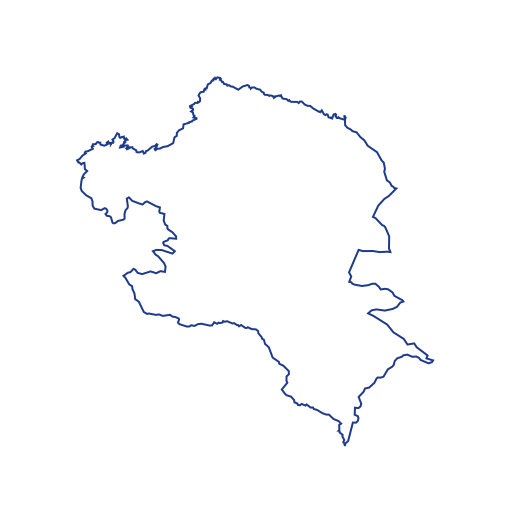 Ho Municipal, Volta, Ghana (Natural Earth projection), rotated 282°
{"feature_id": "2480657B35240131522033", "entity_name": "Ho Municipal", "entity_type": "district", "adm_level": 2, "iso_a3": "GHA", "parent_name": "Ghana", "parent_adm1": "Volta", "projection": "natural_earth1", "projection_center": [0.554, 6.677], "detail": "fine", "context": "isolated", "style": "outline", "palette": "blue", "viewbox_px": 512, "rotation_deg": 282, "n_neighbors": 0, "source": "geoboundaries", "source_scale": "gbopen_adm2", "svg_char_len": 6100}
<svg xmlns="http://www.w3.org/2000/svg" viewBox="0 0 512 512"><g transform="rotate(282 256 256)"><path d="M407.7,314.7L408.1,309.3L408.9,307.7L408.0,307.4L407.8,306.2L409.5,304.7L410.8,305.0L411.5,304.2L410.6,302.5L407.3,302.1L407.1,301.0L406.4,301.4L406.8,298.1L409.2,296.7L409.3,295.5L408.3,294.7L408.7,293.1L412.1,290.1L410.2,289.1L410.6,288.5L410.1,287.9L412.3,281.1L414.1,277.7L413.6,275.2L414.3,272.2L416.6,268.7L416.1,266.6L414.5,266.0L415.3,264.1L414.1,258.6L414.3,257.3L415.4,256.2L414.5,255.3L415.7,253.6L415.6,249.1L418.4,247.0L417.4,246.3L417.8,245.2L416.3,242.4L414.8,241.0L415.8,240.9L415.2,239.9L416.0,239.0L416.0,236.2L415.4,235.7L416.0,233.8L415.5,231.2L416.1,230.1L417.4,229.6L417.9,227.3L419.5,225.6L419.7,221.6L420.6,219.4L419.8,216.7L418.6,216.1L419.5,215.5L419.5,214.4L421.0,213.7L421.4,212.0L419.1,207.8L415.0,204.1L416.8,197.9L416.6,196.0L417.5,194.1L416.7,192.5L417.8,191.7L417.6,189.0L419.3,187.7L419.1,186.7L420.4,185.6L420.8,184.1L421.5,184.4L421.4,183.3L422.2,184.5L422.7,183.9L422.7,181.1L420.9,180.1L421.6,179.1L420.6,179.0L420.9,178.0L419.4,177.1L418.8,177.6L418.0,176.2L415.7,175.5L413.8,173.2L409.8,172.9L409.5,171.8L408.6,171.9L409.0,171.3L408.4,170.8L405.8,170.7L404.8,168.0L403.7,167.2L401.1,166.4L398.6,168.6L395.7,169.0L394.3,167.9L394.6,167.1L393.6,166.9L393.1,164.5L391.7,163.8L388.9,160.2L388.3,160.4L388.4,162.0L387.4,161.5L387.0,163.6L385.9,164.1L383.9,162.5L383.4,164.4L381.0,165.4L380.2,166.8L378.5,166.0L378.5,169.1L377.8,169.3L375.1,165.6L374.3,165.4L373.0,162.8L372.4,162.9L369.7,157.8L365.7,158.1L362.9,154.5L360.0,153.0L357.0,153.5L355.1,151.6L349.2,151.5L345.1,146.8L343.2,142.2L341.1,139.8L340.4,137.2L338.6,135.6L339.6,134.6L341.3,135.8L344.5,136.4L344.7,135.5L342.7,134.4L341.3,131.6L336.6,128.1L335.8,126.6L333.9,126.4L332.9,125.0L335.1,123.4L333.2,120.5L332.7,118.3L333.0,117.4L334.5,116.9L335.6,113.1L336.7,112.5L336.0,109.7L335.2,109.8L333.6,107.6L334.3,106.8L335.3,108.1L335.4,107.4L337.0,108.0L337.5,107.5L336.4,103.5L335.3,103.8L333.9,100.5L335.9,100.8L336.4,102.1L339.6,104.1L339.5,103.3L340.1,103.3L342.4,104.7L343.0,106.0L344.0,104.6L343.2,104.3L343.1,102.9L345.1,101.9L344.5,101.5L344.7,100.2L343.3,98.6L344.0,97.6L346.6,96.7L347.2,94.7L341.8,93.1L340.0,91.4L338.4,92.8L337.1,92.8L336.9,91.5L335.3,90.9L335.9,90.8L335.5,89.2L336.3,89.4L336.2,88.2L337.2,87.7L335.7,86.4L334.2,87.2L332.4,84.8L332.6,80.8L334.5,80.1L334.2,78.4L334.7,77.8L334.0,76.7L332.1,76.0L331.4,73.2L329.7,73.0L329.5,73.6L328.7,72.6L327.0,74.1L323.5,69.7L322.6,67.4L321.4,67.1L320.9,68.1L318.2,65.4L314.2,63.3L312.4,61.1L310.5,62.9L310.8,63.6L309.2,66.1L310.6,66.9L311.4,68.8L305.4,70.6L304.0,73.2L300.1,70.6L297.3,69.9L296.8,71.1L295.9,69.8L294.0,69.6L286.2,70.3L283.4,72.0L280.1,77.2L278.3,82.9L275.3,84.8L271.3,85.7L268.7,88.1L268.7,95.0L271.3,98.0L271.1,99.6L269.9,101.0L268.2,101.5L265.7,100.1L264.3,101.9L264.5,104.5L263.7,106.1L258.8,108.7L258.3,109.7L258.9,111.5L261.5,113.6L264.1,118.9L265.3,119.7L269.8,118.6L273.7,118.9L276.1,120.3L277.8,120.4L285.3,117.7L286.9,119.5L284.2,123.5L283.0,131.5L282.8,134.3L285.9,136.6L286.7,138.1L283.9,148.0L283.6,151.9L279.3,152.2L278.2,153.0L278.1,157.7L271.6,158.3L267.9,160.6L267.0,163.0L264.4,163.7L263.7,164.6L261.9,169.2L258.5,173.8L256.3,174.3L255.5,167.9L254.9,167.0L253.0,166.4L250.5,162.6L249.4,162.5L247.4,164.0L247.5,167.2L243.8,175.6L241.0,173.8L242.2,162.6L241.3,157.4L239.3,154.2L236.4,157.6L235.4,160.3L229.9,167.6L226.7,169.8L221.5,170.2L221.3,165.7L218.4,161.9L219.0,156.1L214.6,148.3L214.9,143.8L217.6,140.6L217.9,138.8L214.1,136.5L213.0,134.1L209.0,130.5L207.5,132.8L201.8,138.0L200.7,141.1L197.8,142.1L194.1,144.9L188.7,146.8L186.9,150.9L177.9,157.9L176.7,161.6L177.5,163.2L177.6,170.5L178.7,173.3L178.0,177.2L180.6,184.2L179.3,187.0L179.6,189.5L178.8,193.4L177.9,194.0L174.6,193.5L173.4,195.4L172.6,203.2L173.3,205.6L174.8,207.1L174.8,210.4L177.2,213.2L178.4,216.7L178.3,225.0L178.9,227.4L182.5,228.9L181.6,232.1L183.1,233.4L182.8,234.5L184.0,237.2L185.5,237.3L185.2,239.1L186.2,241.3L185.1,247.0L185.8,248.6L184.5,251.6L184.7,252.9L183.7,254.0L185.4,255.8L183.5,260.3L183.6,261.8L184.6,262.8L183.6,266.7L184.2,271.2L183.0,273.7L180.9,274.4L177.7,278.5L176.5,279.0L175.6,281.2L171.9,283.1L169.4,287.5L160.1,293.4L157.2,300.4L155.4,301.2L154.4,305.5L150.3,311.9L147.3,312.8L144.5,310.9L140.1,311.8L138.6,313.0L130.8,309.0L127.6,312.6L126.2,314.7L125.7,319.6L123.0,323.2L120.8,324.1L120.4,327.1L119.0,327.9L119.1,330.0L120.8,331.4L120.0,335.5L121.3,336.4L119.1,340.9L119.7,343.2L118.4,344.3L118.1,348.0L116.1,353.4L115.5,357.6L116.0,360.4L112.7,365.7L111.7,371.1L109.7,374.1L108.1,372.5L103.0,373.7L102.3,373.2L102.4,374.0L100.7,374.6L99.1,377.9L97.6,377.9L94.4,380.6L92.1,380.1L90.7,382.0L94.2,384.6L113.2,385.4L113.8,388.5L115.7,389.8L118.6,390.0L120.5,388.9L121.3,385.5L128.2,384.4L128.5,387.8L130.6,389.5L133.3,389.7L139.5,385.7L145.6,389.5L149.1,390.2L150.8,394.0L156.6,398.2L161.3,399.4L162.5,400.4L162.8,402.9L164.4,405.8L172.5,408.5L176.2,412.4L178.2,413.4L182.0,413.5L185.3,415.4L187.7,419.5L189.5,420.8L191.0,424.5L189.9,429.9L191.0,433.6L190.3,436.5L188.5,438.7L186.9,447.2L188.8,450.2L190.7,450.9L191.3,444.0L194.4,444.5L200.1,432.2L203.4,428.9L200.9,422.6L205.6,417.8L209.9,406.3L216.2,398.6L221.8,383.4L223.2,377.6L226.8,380.3L228.8,384.8L229.4,393.4L232.7,400.8L235.5,404.4L240.4,406.8L242.1,409.6L243.2,408.3L245.8,399.6L248.7,397.2L250.9,392.2L250.7,388.8L249.2,385.0L251.5,382.5L253.7,378.5L253.1,375.6L250.8,371.8L248.7,365.9L248.5,358.3L249.0,355.9L250.1,354.8L250.1,352.6L255.8,353.4L259.3,350.4L283.3,355.1L283.0,359.4L285.2,369.4L285.5,376.0L287.6,383.9L287.8,386.6L291.1,384.5L302.9,382.2L310.9,376.5L312.0,375.2L312.5,372.9L317.8,365.2L318.6,362.3L330.6,365.1L338.4,369.6L342.4,373.5L351.2,379.2L351.2,377.1L352.4,375.8L352.7,374.2L355.8,371.6L357.2,368.3L365.1,363.9L368.1,364.0L373.8,361.6L375.6,359.0L382.7,352.8L387.1,342.3L391.6,338.0L394.2,333.1L397.9,328.7L398.2,324.3L399.3,322.7L400.5,318.6L402.5,316.0L407.7,314.7ZM411.9,313.0L407.7,314.7L410.1,314.9L411.9,313.0ZM89.3,383.3L89.8,381.9L89.4,382.1L89.3,383.3Z" fill="none" stroke="#1e3a8a" stroke-width="2"/></g></svg>